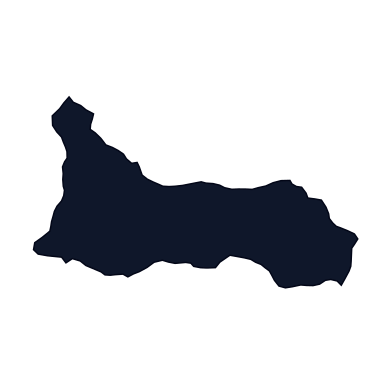 Uru, São Paulo, Brazil, rotated 86°
{"feature_id": "56859067B88945605204641", "entity_name": "Uru", "entity_type": "district", "adm_level": 2, "iso_a3": "BRA", "parent_name": "Brazil", "parent_adm1": "São Paulo", "projection": "natural_earth1", "projection_center": [-49.301, -21.76], "detail": "fine", "context": "isolated", "style": "filled", "palette": "ink", "viewbox_px": 384, "rotation_deg": 86, "n_neighbors": 0, "source": "geoboundaries", "source_scale": "gbopen_adm2", "svg_char_len": 1825}
<svg xmlns="http://www.w3.org/2000/svg" viewBox="0 0 384 384"><g transform="rotate(86 192 192)"><path d="M231.6,352.4L238.5,354.1L243.2,349.8L245.5,340.6L247.9,326.6L253.9,322.7L250.1,316.0L253.0,308.3L257.9,303.0L265.4,288.2L268.6,284.6L269.3,279.3L269.1,274.6L269.1,266.6L272.2,261.9L269.6,256.1L267.8,250.2L264.1,242.1L259.4,234.7L258.0,226.3L260.2,220.5L262.0,213.9L261.8,203.2L262.9,198.1L266.3,195.5L268.1,188.7L268.8,182.5L269.1,173.9L263.9,169.1L257.7,158.6L259.2,152.6L261.3,144.4L263.3,138.0L266.5,133.5L269.1,128.1L272.7,124.3L276.1,120.3L280.6,118.2L285.9,115.9L291.9,111.8L294.1,105.5L293.5,98.6L292.3,90.0L293.2,84.2L293.8,77.7L292.8,71.1L289.4,65.1L288.9,59.7L290.9,53.4L295.4,49.6L289.8,45.9L281.9,40.9L277.2,38.8L272.2,38.1L259.2,36.6L255.6,33.7L250.4,29.9L245.2,32.9L241.7,39.1L238.2,46.2L236.3,50.5L232.7,53.8L228.0,56.9L223.3,57.2L216.5,59.4L209.1,63.5L207.5,69.9L206.1,76.9L201.1,78.3L194.9,82.3L193.8,87.5L191.0,91.7L187.3,93.5L186.9,102.4L188.4,110.4L191.2,118.0L192.3,125.5L193.6,131.7L192.9,137.8L192.3,145.2L192.1,152.1L190.0,159.2L187.1,164.0L185.1,170.4L184.1,177.5L182.5,182.1L183.3,188.9L184.8,201.0L185.1,208.6L185.0,214.4L184.2,220.7L182.1,224.6L179.4,229.9L176.0,235.8L171.6,240.6L163.2,242.9L158.7,244.7L159.2,250.2L154.4,255.1L149.5,257.7L145.5,262.7L142.0,268.3L139.0,274.7L135.4,277.0L132.0,279.3L126.2,284.5L122.4,289.2L117.3,288.4L112.3,286.4L107.2,284.8L102.7,292.0L98.0,297.0L94.2,304.2L88.6,308.0L94.2,313.6L99.7,318.2L106.3,326.1L115.9,326.4L122.6,322.7L128.1,318.3L133.0,316.9L138.2,315.1L142.9,313.9L149.5,314.2L153.0,317.0L157.9,319.4L164.7,319.2L170.5,320.0L177.3,320.0L181.3,319.1L186.7,320.2L191.9,322.8L196.7,327.6L201.7,330.6L206.1,332.1L211.9,334.2L216.5,335.2L221.1,336.5L223.7,340.1L226.9,344.7L231.6,352.4Z" fill="#0f172a" stroke="#020617" stroke-width="1.5"/></g></svg>